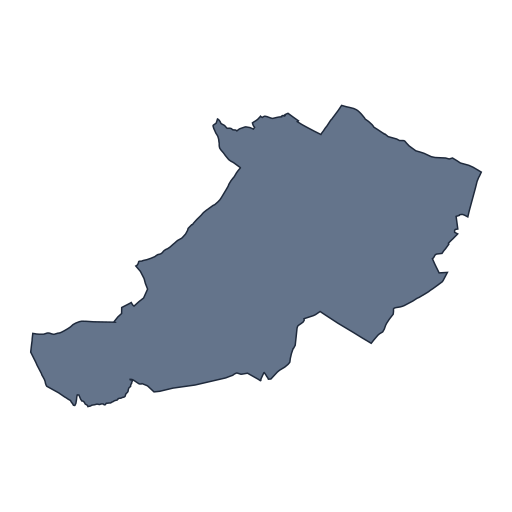 the district of Balaceana, Suceava, Romania
{"feature_id": "2599482B81871248350111", "entity_name": "Balaceana", "entity_type": "district", "adm_level": 2, "iso_a3": "ROU", "parent_name": "Romania", "parent_adm1": "Suceava", "projection": "natural_earth1", "projection_center": [26.038, 47.646], "detail": "fine", "context": "isolated", "style": "filled", "palette": "slate", "viewbox_px": 512, "rotation_deg": 0, "n_neighbors": 0, "source": "geoboundaries", "source_scale": "gbopen_adm2", "svg_char_len": 6036}
<svg xmlns="http://www.w3.org/2000/svg" viewBox="0 0 512 512"><path d="M447.4,272.4L439.1,272.9L437.5,269.6L436.4,267.4L434.8,264.1L432.4,258.7L433.2,258.1L434.0,257.0L434.6,255.8L435.2,254.9L436.2,254.2L437.0,254.0L442.0,253.4L443.9,250.6L445.5,248.8L448.8,244.2L448.4,243.2L451.8,239.8L452.7,239.0L457.7,233.9L454.6,232.3L454.6,230.4L455.4,229.4L457.8,229.0L456.1,216.4L459.3,215.4L459.5,214.8L460.5,214.6L462.2,214.4L463.1,214.6L464.8,215.3L467.8,216.9L469.3,210.6L475.4,188.1L477.1,181.3L478.7,177.4L479.5,176.0L481.3,172.1L473.2,167.3L468.8,165.3L460.4,163.0L457.1,160.8L452.5,158.0L449.2,159.0L445.6,158.0L435.1,157.5L431.3,156.7L424.0,153.3L420.3,152.1L415.8,150.8L409.1,145.9L406.4,143.0L404.9,141.2L403.8,140.6L399.4,140.5L396.7,139.0L388.1,136.6L385.7,134.6L385.1,134.1L384.3,134.2L384.0,133.6L382.8,133.0L377.1,129.2L373.9,127.2L373.0,125.8L372.0,124.6L368.5,121.4L365.2,119.1L364.5,117.9L362.3,115.2L361.1,113.8L359.3,112.0L357.6,110.5L355.9,109.5L353.7,108.5L349.4,107.4L346.6,106.8L341.6,105.4L338.4,110.2L335.2,114.5L333.5,116.8L333.0,117.4L331.9,119.0L331.3,119.5L330.3,120.8L327.0,125.9L325.3,128.0L324.1,129.8L323.6,130.6L321.5,133.4L320.9,134.5L314.3,131.2L306.0,126.8L302.2,124.7L297.3,121.7L298.4,120.8L293.2,117.1L288.0,113.3L285.0,114.6L284.7,115.0L285.1,115.4L285.1,115.6L284.7,115.9L284.5,116.0L283.8,115.9L283.2,115.5L282.8,115.5L282.2,115.9L281.8,116.0L281.6,116.1L281.6,116.8L280.0,116.9L278.5,117.1L276.5,117.5L272.8,118.4L272.3,118.4L270.7,118.0L266.9,116.6L265.4,116.3L265.0,116.2L264.3,116.3L263.7,116.6L263.1,116.9L262.3,117.5L261.0,116.7L260.5,116.2L259.9,117.0L257.6,119.4L255.7,120.8L253.7,122.0L252.4,122.9L253.0,124.8L253.5,125.9L254.6,127.3L254.3,127.6L254.1,128.1L253.4,129.1L250.1,127.6L246.0,126.9L245.5,126.9L244.9,127.0L240.8,128.4L239.7,128.8L238.6,129.5L236.9,130.9L236.1,130.3L235.5,130.0L233.5,129.9L232.8,129.8L231.3,128.6L230.7,128.4L229.7,128.2L227.7,128.3L226.9,128.1L226.6,127.9L225.4,126.4L224.4,125.4L221.3,123.7L220.9,123.3L220.1,121.6L219.2,120.3L218.3,119.4L217.5,119.0L216.6,121.9L216.1,123.2L213.4,125.1L213.1,125.5L213.1,126.2L213.8,128.6L214.3,129.6L215.9,133.2L217.0,134.9L217.8,136.3L218.1,137.3L218.3,137.9L218.7,139.5L219.0,142.3L219.2,142.7L219.2,145.1L219.3,146.4L219.7,148.1L221.1,150.2L223.4,152.8L225.4,155.6L228.7,159.6L230.9,161.2L231.8,161.7L232.5,162.0L234.2,163.1L240.3,167.6L240.4,167.9L238.1,170.6L236.5,172.8L234.7,175.9L234.0,177.0L233.1,178.0L231.0,180.7L228.9,184.2L228.1,186.3L226.0,189.9L221.3,197.7L219.9,199.8L219.3,200.4L218.0,201.8L214.6,204.8L214.0,205.0L213.1,205.4L206.3,210.3L203.7,212.4L202.8,213.3L201.3,215.1L199.8,216.6L197.2,219.1L195.8,220.6L193.4,223.3L192.5,224.6L191.7,224.7L188.1,228.4L187.6,230.3L185.6,234.0L182.9,237.0L181.7,238.2L177.5,240.5L176.1,241.7L174.7,243.0L174.1,243.5L173.0,244.4L170.1,247.0L167.6,248.7L166.1,249.3L164.5,250.3L164.0,250.7L163.2,251.5L162.5,252.5L161.0,253.7L159.7,254.2L158.1,254.5L157.6,254.7L156.3,255.5L154.9,256.6L150.9,258.3L149.4,258.8L146.8,259.7L143.6,260.4L142.6,260.7L141.8,261.1L140.6,261.2L139.7,261.2L139.1,261.3L138.7,261.7L138.5,262.2L138.4,263.1L137.5,264.7L137.1,265.2L135.8,266.0L140.4,271.4L144.1,278.6L145.4,283.5L147.6,289.1L143.6,298.0L139.1,301.5L134.0,306.1L132.8,305.1L132.4,304.5L131.2,302.5L130.1,303.2L126.6,305.0L121.7,307.5L121.6,313.5L117.9,316.9L114.2,321.5L114.9,322.2L93.7,321.8L86.2,321.3L81.7,321.2L79.3,321.7L75.7,323.1L73.0,324.6L70.5,326.9L67.8,328.7L64.2,330.8L61.3,332.3L60.3,332.7L59.4,333.0L57.7,333.2L54.8,334.1L54.2,334.3L53.4,334.3L51.4,333.8L49.8,333.2L48.6,333.0L47.5,333.0L47.0,333.1L44.3,334.0L43.6,334.2L42.5,334.2L39.1,334.2L36.4,334.0L34.8,333.7L32.8,333.4L32.7,334.3L32.2,338.6L32.1,340.7L31.6,344.2L30.7,352.1L35.9,362.5L37.0,365.1L41.4,373.5L41.9,375.0L42.6,376.2L44.3,379.3L45.1,381.4L45.5,383.4L46.1,385.1L46.8,386.3L58.6,392.8L64.7,397.0L66.0,397.7L68.3,399.3L70.5,400.5L71.2,401.9L72.0,403.0L72.5,403.5L73.4,405.2L74.4,405.5L74.9,405.4L75.9,403.3L76.6,399.0L76.7,397.4L77.0,395.9L77.3,394.9L77.5,394.9L78.9,395.0L80.6,399.1L81.3,400.1L81.7,400.9L82.5,401.0L83.2,401.3L83.8,401.7L84.6,402.8L85.2,404.0L85.6,404.3L86.7,404.8L87.3,405.4L87.7,406.0L87.9,406.6L90.5,406.0L91.8,405.2L93.5,404.9L94.3,404.8L95.2,404.6L96.1,404.3L97.0,404.1L97.8,404.2L99.1,404.5L99.8,404.5L100.7,404.1L101.7,403.9L102.3,403.9L103.2,404.0L104.2,404.8L105.1,404.8L105.6,404.3L106.1,403.4L106.6,403.2L107.7,403.2L108.9,403.0L110.2,403.0L110.9,402.8L111.5,402.3L113.3,401.5L114.5,400.7L117.2,400.0L118.1,399.0L118.2,398.6L119.5,398.3L120.7,398.2L121.6,397.9L122.4,397.4L123.3,397.3L124.2,397.0L124.8,396.6L125.2,396.1L125.7,394.1L126.2,393.7L126.4,393.3L127.3,392.5L127.8,391.8L128.1,391.1L128.3,389.7L128.7,388.4L129.2,387.6L130.3,386.7L130.6,386.4L130.7,385.0L131.1,384.1L131.7,383.2L131.7,382.4L132.4,380.9L132.3,380.3L131.3,380.0L130.3,379.9L130.1,379.7L130.1,379.3L131.6,379.4L132.7,379.7L133.9,380.4L138.8,383.7L139.8,384.0L141.3,384.0L142.0,383.6L147.0,385.6L147.8,386.1L154.0,391.9L159.7,391.3L173.0,388.1L195.1,385.0L225.7,377.9L230.4,376.1L232.7,375.3L234.4,374.0L236.6,373.0L237.0,373.0L240.8,374.2L241.6,374.2L247.5,373.2L258.3,379.3L260.4,380.7L260.8,380.5L261.0,378.9L263.8,372.8L264.2,372.6L264.9,373.5L265.8,374.8L266.9,376.7L267.6,377.5L268.4,379.2L270.9,379.0L277.4,372.0L279.6,370.2L284.9,367.0L288.0,364.4L289.7,362.4L289.9,361.7L290.3,358.5L290.9,355.9L291.4,353.7L293.1,348.6L293.4,348.6L295.2,345.3L296.2,336.2L296.8,330.4L297.0,328.5L297.2,327.6L297.6,326.4L298.0,325.8L298.7,325.2L300.9,323.7L302.8,322.3L303.3,321.8L304.2,320.2L304.0,318.7L313.2,315.7L315.4,314.7L320.1,311.5L325.5,315.1L337.9,323.2L353.1,332.3L362.0,337.8L371.2,343.3L373.8,340.0L377.9,335.2L378.7,334.5L379.5,333.8L382.7,331.9L383.5,330.5L384.3,329.1L385.7,325.1L386.7,323.2L389.3,319.2L393.2,314.2L393.5,311.6L393.5,308.9L393.9,308.4L394.5,308.0L395.9,307.6L400.3,306.9L402.7,306.2L404.2,305.6L412.9,301.0L417.0,298.3L419.1,297.4L428.6,291.7L430.2,290.4L432.8,288.7L441.8,282.1L442.3,281.7L443.2,280.4L447.4,272.4Z" fill="#64748b" stroke="#1e293b" stroke-width="1.5"/></svg>